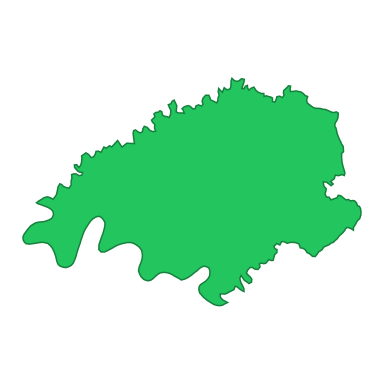 Concórdia, Santa Catarina, Brazil (Natural Earth projection)
{"feature_id": "56859067B26728164460240", "entity_name": "Concórdia", "entity_type": "district", "adm_level": 2, "iso_a3": "BRA", "parent_name": "Brazil", "parent_adm1": "Santa Catarina", "projection": "natural_earth1", "projection_center": [-52.02, -27.242], "detail": "fine", "context": "isolated", "style": "filled", "palette": "green", "viewbox_px": 384, "rotation_deg": 0, "n_neighbors": 0, "source": "geoboundaries", "source_scale": "gbopen_adm2", "svg_char_len": 5630}
<svg xmlns="http://www.w3.org/2000/svg" viewBox="0 0 384 384"><path d="M257.9,269.5L260.0,267.0L259.4,263.9L261.4,263.0L263.7,263.7L265.7,263.3L267.5,261.3L268.8,259.5L271.0,260.5L273.2,260.4L273.9,257.3L274.8,254.4L276.9,252.6L277.0,249.5L275.0,248.8L273.9,246.4L276.8,243.5L279.8,245.0L281.6,241.6L284.2,241.7L287.1,243.3L290.3,242.4L292.5,242.4L295.8,242.6L299.1,244.1L300.2,247.8L302.9,248.3L305.0,249.5L307.1,252.6L309.9,254.0L312.5,256.4L315.3,256.5L317.0,254.4L318.6,251.9L320.7,250.7L322.3,249.4L323.8,247.0L326.1,246.0L329.0,244.8L331.2,243.0L333.3,242.4L335.1,240.5L337.0,239.0L339.3,235.9L341.2,234.1L343.0,232.5L344.6,230.6L345.7,228.5L347.6,227.3L350.8,228.5L353.4,230.2L353.5,227.3L355.3,224.7L357.3,220.9L359.7,218.7L360.8,215.2L361.0,211.8L360.5,208.5L359.4,206.4L357.5,205.8L356.6,203.0L354.7,200.9L352.7,200.5L350.6,201.0L348.5,199.5L345.9,199.9L343.5,197.9L340.7,195.7L338.2,195.3L337.0,197.8L333.8,198.8L331.0,199.9L329.1,197.2L326.3,197.0L325.1,193.8L325.9,191.1L326.2,188.6L324.0,186.4L323.2,182.0L326.2,182.0L328.6,183.7L331.1,185.7L333.2,184.0L330.7,181.6L332.4,180.2L334.3,178.7L335.3,175.2L338.6,175.7L341.8,174.6L344.3,175.5L344.9,173.0L344.0,169.6L342.9,166.0L342.0,162.0L341.6,157.2L341.6,153.4L343.5,151.8L343.4,148.7L343.1,146.2L341.8,144.4L340.9,142.2L339.4,139.3L338.2,136.3L337.2,133.8L336.6,130.7L335.9,128.0L334.7,126.0L335.2,123.0L336.6,120.9L337.8,118.4L338.1,115.9L338.3,113.1L336.3,111.9L334.4,112.4L332.3,112.4L330.3,111.6L328.0,110.5L325.4,109.4L323.2,109.3L320.5,108.5L317.5,108.3L315.4,108.3L312.9,107.3L309.7,104.9L307.3,103.0L306.6,100.0L307.7,96.5L305.0,95.5L303.5,93.7L301.0,92.0L298.1,91.4L296.0,90.9L293.9,91.3L290.4,91.6L290.1,88.9L290.6,86.1L288.5,85.8L286.4,88.1L283.7,90.5L283.4,93.0L284.1,95.3L282.3,97.6L279.8,96.2L276.9,96.7L276.1,99.6L274.8,102.2L272.5,101.5L272.5,98.0L270.6,97.0L268.4,96.5L266.3,95.8L264.1,96.5L263.8,93.5L261.1,93.5L257.9,92.0L255.9,90.3L253.9,87.1L251.3,88.1L248.9,90.1L247.6,88.0L247.4,85.4L245.4,86.2L243.9,88.7L241.8,88.5L242.8,85.6L243.9,82.3L244.3,79.3L241.6,78.7L238.9,80.8L236.8,81.4L234.2,80.5L231.9,78.3L231.1,80.7L231.0,83.4L230.9,86.5L230.0,89.0L226.9,89.8L224.2,87.7L222.4,92.3L220.5,90.5L218.7,88.5L218.2,91.7L219.1,95.2L218.0,98.0L217.9,100.8L216.7,102.9L213.7,101.3L210.6,99.9L209.9,97.6L208.9,95.3L205.7,95.2L203.0,98.2L202.1,101.3L203.0,104.2L201.6,106.0L198.5,104.9L196.0,105.9L195.2,108.5L193.2,109.1L190.8,106.9L188.7,105.6L186.3,106.0L183.8,107.1L182.0,108.7L183.3,110.4L184.3,113.3L181.7,112.9L179.0,113.1L176.2,111.9L176.4,109.1L176.8,105.9L175.5,103.0L174.2,100.1L172.1,101.3L170.9,103.8L168.3,104.7L169.3,107.3L170.8,110.3L170.6,114.3L169.1,117.5L166.6,116.5L164.5,116.3L162.4,114.9L161.9,111.9L160.0,110.7L158.3,112.2L155.6,112.5L153.9,114.0L155.0,116.7L153.2,118.5L151.5,120.1L152.6,122.4L154.8,124.4L154.5,128.2L155.7,131.2L152.8,131.6L150.0,130.5L147.2,127.4L144.3,126.3L142.8,129.0L142.4,131.9L140.3,132.9L137.9,131.8L135.5,129.9L133.6,130.7L133.1,133.5L134.4,143.6L126.8,143.2L122.0,147.1L117.6,140.5L111.7,147.0L109.6,145.7L106.3,148.1L103.9,147.0L101.1,152.3L98.2,151.1L96.0,151.4L95.3,154.1L93.6,156.9L90.9,157.5L88.7,154.5L85.9,152.8L83.7,154.5L81.6,155.9L81.9,158.5L81.5,162.3L80.7,165.3L78.8,167.4L76.7,164.7L74.4,164.9L74.6,167.5L76.2,169.3L77.6,171.0L79.6,172.1L82.6,172.5L82.0,175.0L78.9,175.7L76.4,174.0L73.8,173.8L71.6,174.6L71.9,178.1L71.1,181.2L71.2,185.0L68.9,188.3L65.8,187.4L63.4,186.4L61.8,184.6L59.8,183.8L58.0,187.0L57.2,191.4L56.4,194.7L55.0,196.8L53.0,199.3L50.6,197.8L47.4,196.8L44.0,197.7L41.2,199.6L38.7,201.0L36.5,202.8L38.4,203.9L41.5,204.9L44.9,206.2L47.8,207.3L51.0,209.2L52.9,211.3L53.5,214.0L52.8,216.6L51.5,218.5L48.8,220.0L45.2,221.3L42.8,221.8L39.0,222.1L35.7,222.8L33.2,224.2L30.5,226.0L28.8,228.0L27.1,230.1L25.2,232.8L23.8,234.8L23.0,236.9L23.2,239.9L24.3,242.0L26.1,243.7L29.3,244.1L33.9,243.5L37.4,242.9L40.0,242.5L42.9,242.3L45.8,242.9L48.0,243.5L50.7,246.0L52.6,248.6L54.1,251.8L55.8,256.5L56.7,260.7L57.8,263.9L59.8,266.0L63.1,267.2L66.0,267.6L68.4,266.8L71.2,265.4L73.1,263.3L74.5,260.4L76.0,256.4L76.9,252.8L78.0,249.3L79.0,246.3L80.2,243.0L80.9,240.4L81.8,237.8L83.0,234.2L84.3,231.0L85.9,228.1L89.2,223.0L91.2,220.4L93.1,218.6L96.6,216.6L99.5,216.4L101.7,217.7L103.6,220.0L105.0,222.9L104.9,225.7L104.2,229.0L103.0,233.3L101.8,236.4L100.3,240.7L99.0,244.6L98.8,249.5L101.1,252.0L104.5,252.0L107.8,250.5L110.4,249.1L112.6,247.9L114.9,246.5L117.9,245.0L120.9,244.0L123.5,243.3L126.9,242.6L130.2,242.5L132.7,243.0L135.4,244.3L138.9,246.7L141.6,250.2L142.4,254.3L142.3,257.4L141.8,260.0L140.8,263.0L139.3,266.5L138.5,270.7L139.6,273.9L141.3,277.1L143.8,279.4L146.1,280.4L148.3,280.8L151.0,280.1L153.3,278.4L155.0,276.7L157.7,274.4L160.2,272.9L163.3,272.4L166.0,272.5L167.9,272.9L170.1,273.6L172.0,274.5L174.2,275.9L176.9,277.4L179.0,278.4L181.2,280.0L185.0,279.0L188.0,277.5L191.2,275.3L193.6,273.4L195.2,272.1L197.0,270.8L199.0,268.9L200.8,267.5L203.9,266.1L206.8,266.8L209.0,268.1L210.0,271.4L209.7,275.6L208.0,278.7L205.4,281.4L202.6,283.2L200.5,284.6L199.2,286.5L198.8,289.5L199.7,292.9L201.6,295.1L203.2,297.0L204.9,298.4L206.5,299.8L208.6,301.2L211.4,303.0L213.7,304.4L216.5,305.3L219.6,305.7L222.4,305.2L224.6,304.0L227.6,302.5L222.9,300.0L220.5,297.5L220.1,294.1L222.7,293.9L224.9,294.1L227.1,293.2L230.2,291.5L234.0,289.6L235.1,286.3L237.3,286.9L238.9,288.4L241.8,290.5L244.0,291.5L243.8,288.3L242.3,285.2L240.7,282.1L239.8,278.4L241.1,275.4L242.8,277.9L244.0,280.0L246.7,281.8L248.9,283.5L251.5,282.2L251.8,279.1L249.9,276.6L248.0,274.9L246.4,273.2L247.7,270.0L250.0,267.5L252.3,267.4L254.7,269.1L257.9,269.5Z" fill="#22c55e" stroke="#15803d" stroke-width="1.5"/></svg>